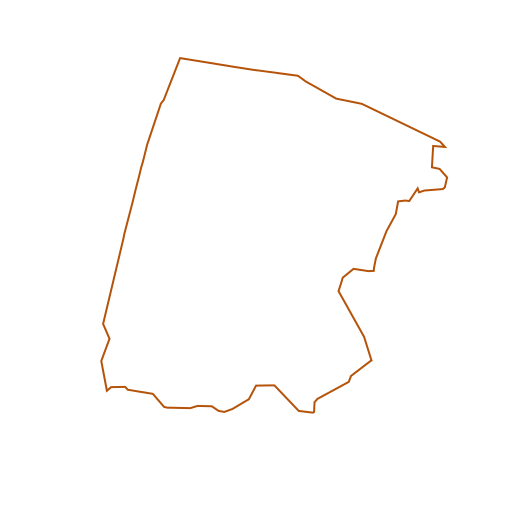 Nassau, New York, United States of America (Natural Earth projection), rotated 203°
{"feature_id": "52423323B42354579566723", "entity_name": "Nassau", "entity_type": "district", "adm_level": 2, "iso_a3": "USA", "parent_name": "United States of America", "parent_adm1": "New York", "projection": "natural_earth1", "projection_center": [-73.625, 40.752], "detail": "fine", "context": "isolated", "style": "outline", "palette": "amber", "viewbox_px": 512, "rotation_deg": 203, "n_neighbors": 0, "source": "geoboundaries", "source_scale": "gbopen_adm2", "svg_char_len": 1055}
<svg xmlns="http://www.w3.org/2000/svg" viewBox="0 0 512 512"><g transform="rotate(203 256 256)"><path d="M124.7,430.2L131.2,433.2L218.1,437.4L243.7,432.2L274.8,435.7L278.5,436.1L287.8,438.3L332.0,426.1L351.1,421.3L403.2,408.5L401.9,363.6L403.1,359.1L399.7,316.0L399.5,314.7L396.9,298.4L396.3,292.8L396.0,290.9L395.3,286.9L392.7,269.8L390.6,257.1L385.8,224.7L384.9,220.5L370.2,133.7L358.5,122.6L357.4,98.9L340.6,73.7L338.1,78.7L325.3,84.4L321.7,82.8L297.1,88.8L281.7,81.2L278.5,81.7L257.0,90.3L251.3,95.1L238.0,100.4L229.9,98.8L224.2,100.1L217.9,106.0L206.6,121.4L205.3,136.7L192.7,142.3L188.5,144.1L156.1,130.1L142.5,134.0L141.6,135.1L145.0,144.3L143.6,148.5L121.4,176.4L121.7,182.7L109.5,204.2L108.8,204.9L124.9,223.8L166.3,255.9L167.2,265.8L167.7,269.9L161.2,282.3L146.6,286.0L141.8,288.3L142.8,291.5L144.7,300.6L145.6,330.0L143.7,349.1L146.5,361.8L140.2,365.4L136.4,366.5L133.6,381.4L130.8,378.3L126.7,382.0L110.2,390.6L109.0,393.0L110.8,403.0L121.0,407.9L128.7,406.4L135.9,426.5L124.7,430.2Z" fill="none" stroke="#b45309" stroke-width="2"/></g></svg>